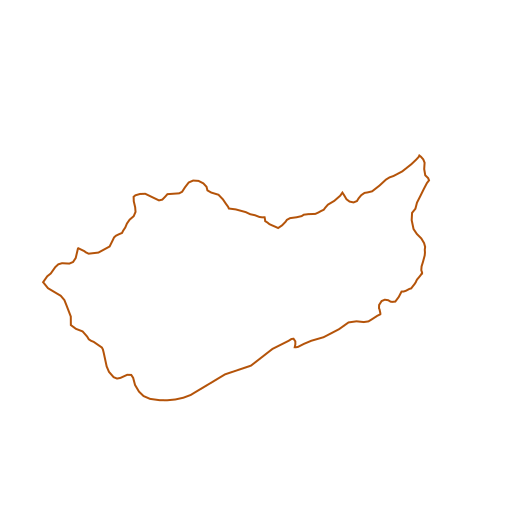 the border of Southern, rotated 57°
{"feature_id": "RWA-3491", "entity_name": "Southern", "entity_type": "Province", "adm_level": 1, "iso_a3": "RWA", "parent_name": "Rwanda", "parent_adm1": "", "projection": "robinson", "projection_center": [29.673, -2.278], "detail": "fine", "context": "isolated", "style": "outline", "palette": "amber", "viewbox_px": 512, "rotation_deg": 57, "n_neighbors": 0, "source": "natural_earth", "source_scale": "10m", "svg_char_len": 2787}
<svg xmlns="http://www.w3.org/2000/svg" viewBox="0 0 512 512"><g transform="rotate(57 256 256)"><path d="M353.6,273.2L351.5,271.1L349.0,269.5L345.8,269.6L344.9,271.6L344.9,274.8L342.9,292.8L345.2,319.9L338.4,346.4L337.1,382.5L337.0,386.4L335.3,394.1L332.4,401.8L328.6,409.1L324.4,415.4L318.1,422.7L312.2,426.6L306.0,428.0L298.3,427.7L291.3,425.4L287.8,425.4L285.5,428.7L284.4,436.1L283.1,439.3L280.1,441.4L273.1,442.4L267.3,441.4L254.4,436.5L251.0,435.3L248.8,435.1L239.6,438.9L237.3,440.5L234.8,441.6L231.6,441.5L224.8,442.5L219.0,446.7L213.1,448.9L205.9,444.3L194.6,441.9L188.6,440.7L183.1,441.4L169.7,448.0L162.0,448.8L159.3,442.1L158.9,437.7L156.0,430.4L155.3,426.3L156.4,422.6L160.7,416.7L161.4,412.7L159.5,408.3L152.7,401.2L152.7,400.8L158.5,397.3L160.1,396.8L162.9,395.1L167.3,386.3L168.3,373.6L164.7,367.5L163.1,364.9L162.7,362.4L163.1,359.2L163.7,355.8L162.4,353.6L160.9,350.1L158.5,346.6L156.7,342.2L156.0,336.9L153.4,333.0L149.3,330.8L143.5,328.7L139.7,326.4L139.4,324.1L140.8,319.5L143.5,315.0L150.1,311.0L156.5,307.1L157.7,303.9L156.8,299.9L155.9,296.6L158.5,291.9L161.6,286.3L161.9,283.0L159.7,278.1L157.7,272.4L158.5,267.6L161.7,263.3L166.4,260.6L171.0,259.8L174.5,261.0L178.4,259.0L184.2,254.1L190.5,252.9L195.8,252.8L199.5,252.6L201.4,252.9L205.9,247.6L213.6,240.7L217.8,238.1L221.2,234.7L225.1,231.9L226.9,229.8L228.2,227.7L229.9,228.4L231.8,229.3L234.1,228.2L236.6,227.4L238.8,226.0L242.1,223.8L244.6,222.2L244.5,217.4L243.4,212.6L242.5,210.4L242.8,206.8L245.6,200.9L247.4,196.0L247.4,193.4L248.5,191.2L249.3,189.5L250.8,187.0L253.0,183.3L253.5,180.0L253.7,177.0L254.1,174.0L253.2,171.6L252.1,167.7L252.4,160.3L251.3,152.5L249.9,149.0L253.1,149.0L257.7,149.2L261.3,147.9L264.2,145.0L264.9,141.4L263.5,138.5L262.3,134.6L262.2,130.6L263.4,127.9L265.0,123.4L264.2,114.1L262.7,105.4L262.8,101.2L263.8,97.1L264.7,87.3L263.6,75.5L262.4,69.1L261.5,65.6L260.7,64.3L262.6,63.6L266.1,63.1L269.6,63.8L274.7,67.6L280.5,70.1L284.4,69.2L286.8,69.7L287.9,72.9L291.1,78.6L295.2,85.5L298.9,91.9L303.2,96.6L304.8,101.6L310.7,105.9L319.2,109.2L325.1,109.1L331.3,107.8L336.7,108.0L340.5,109.2L342.6,111.0L345.1,112.4L347.4,114.2L349.3,116.3L351.9,119.2L354.9,122.8L357.9,125.1L360.3,125.7L361.2,126.3L361.0,126.7L361.6,127.9L362.6,130.9L363.4,133.6L364.0,134.8L364.9,136.1L365.9,138.3L366.8,141.0L367.7,143.5L367.2,145.1L367.1,145.7L367.0,147.1L366.8,149.3L366.2,151.5L365.1,153.3L368.1,158.6L370.1,164.0L368.7,166.7L367.6,168.0L365.1,169.2L362.8,171.8L362.2,175.2L364.1,179.4L366.8,181.3L368.1,181.5L369.9,182.2L371.8,182.9L372.6,183.5L372.2,186.9L372.2,193.3L372.1,197.3L370.1,201.6L365.5,207.3L362.1,214.6L362.6,226.3L360.9,243.6L357.2,255.8L357.1,256.3L357.0,257.0L355.8,263.6L355.1,270.3L354.7,271.2L354.3,272.2L353.6,273.2Z" fill="none" stroke="#b45309" stroke-width="2"/></g></svg>